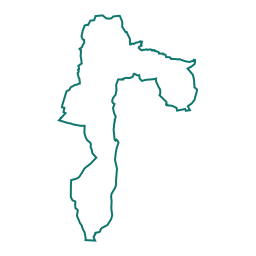 Bungudu, Zamfara, Nigeria
{"feature_id": "59680162B44112457363104", "entity_name": "Bungudu", "entity_type": "district", "adm_level": 2, "iso_a3": "NGA", "parent_name": "Nigeria", "parent_adm1": "Zamfara", "projection": "orthographic", "projection_center": [6.612, 12.009], "detail": "fine", "context": "isolated", "style": "outline", "palette": "teal", "viewbox_px": 256, "rotation_deg": 0, "n_neighbors": 0, "source": "geoboundaries", "source_scale": "gbopen_adm2", "svg_char_len": 5173}
<svg xmlns="http://www.w3.org/2000/svg" viewBox="0 0 256 256"><path d="M81.5,36.4L82.7,39.5L84.1,39.9L84.2,42.8L83.2,44.4L82.5,45.6L81.9,47.3L79.5,48.8L80.0,49.7L80.9,49.9L80.9,52.9L80.6,56.1L81.1,58.4L81.4,60.7L81.7,63.5L78.3,65.8L78.8,66.9L79.0,69.2L78.5,69.4L78.2,69.5L78.1,69.8L78.0,70.1L78.4,70.3L78.5,71.0L78.7,71.4L78.5,71.9L78.3,72.6L77.7,73.0L77.7,73.8L78.1,75.1L78.5,77.1L78.8,77.8L79.5,79.0L79.5,80.0L79.5,80.5L79.8,81.4L79.8,83.6L78.2,83.9L77.3,84.5L76.0,84.8L74.7,85.0L74.0,85.5L72.9,86.2L71.5,86.8L70.9,87.2L69.9,88.6L69.5,89.8L66.5,91.3L62.3,105.1L61.9,107.3L64.4,107.8L63.5,112.1L65.5,113.1L62.1,116.9L61.7,117.3L61.6,117.6L61.2,117.8L60.9,117.7L60.7,117.8L60.6,118.0L60.6,118.5L60.4,118.9L59.9,119.3L59.0,120.3L60.7,120.8L61.5,121.1L62.6,121.3L63.5,121.7L66.0,122.4L67.0,122.7L68.5,123.2L70.2,123.3L73.1,124.4L78.9,125.5L81.4,125.8L84.6,125.8L84.4,133.1L85.8,137.7L87.0,139.9L88.5,141.3L89.9,142.3L90.9,144.1L90.6,147.1L92.1,150.7L92.1,152.0L92.6,153.5L96.3,157.6L90.5,163.8L87.0,166.4L84.4,168.6L82.3,172.2L79.6,176.4L78.0,178.0L75.8,178.9L73.5,179.5L71.2,180.1L70.9,185.6L70.8,196.8L72.0,199.6L72.8,200.5L74.3,201.0L75.2,201.5L75.5,202.3L75.1,204.2L75.4,208.1L76.5,209.0L77.4,209.7L77.8,210.4L77.6,211.8L77.0,215.5L77.1,216.3L78.5,219.4L80.0,223.1L81.7,225.5L82.8,229.1L84.6,232.4L85.3,236.2L85.6,238.3L85.5,240.1L95.1,240.6L94.2,238.7L93.6,237.5L93.6,237.0L93.9,236.4L94.4,235.7L94.6,234.5L94.8,234.3L95.2,234.4L95.3,234.2L95.4,233.9L95.3,233.6L95.3,233.4L95.5,233.2L95.5,232.8L95.7,232.7L96.3,232.5L97.0,232.5L97.7,232.4L98.4,232.3L99.2,232.0L99.6,231.8L100.1,231.4L100.3,230.9L100.5,229.8L101.0,228.8L102.2,227.8L107.5,225.0L108.6,223.1L111.1,219.3L112.2,215.3L111.3,208.2L111.6,201.2L111.1,196.6L111.5,193.9L115.2,187.6L116.1,184.5L116.0,180.8L117.0,168.6L115.0,159.9L115.8,152.6L116.6,148.4L118.5,142.7L117.8,141.0L116.3,139.5L116.0,139.7L116.0,139.9L116.0,140.1L115.8,140.2L115.7,140.4L115.6,140.6L115.1,140.2L114.6,139.8L113.6,129.2L113.9,127.5L114.0,124.9L114.7,121.7L114.8,121.1L114.7,121.1L114.8,120.7L114.8,120.3L114.6,119.8L115.0,119.2L115.3,118.5L115.7,116.1L114.7,114.8L113.7,111.4L113.0,107.8L114.1,105.3L114.5,104.0L113.1,103.1L112.3,102.0L112.3,100.2L113.1,97.9L115.7,94.5L115.8,93.2L116.5,90.1L116.1,85.0L116.9,82.9L118.1,79.5L119.8,79.4L121.7,79.6L123.0,79.5L122.8,78.9L125.2,78.1L126.0,77.9L129.4,78.0L129.7,77.9L129.9,77.9L130.1,77.8L130.8,77.7L131.1,77.5L131.3,77.4L131.6,77.4L131.8,77.3L132.0,77.2L132.7,76.6L133.0,76.3L133.3,75.3L133.5,74.4L134.1,73.7L136.1,74.7L137.0,75.3L137.8,75.4L138.4,75.4L139.2,75.2L139.5,77.2L139.6,78.2L140.2,79.0L140.9,79.9L141.4,80.4L141.9,80.9L145.7,79.9L148.4,79.6L152.6,79.3L152.9,79.3L153.3,79.2L153.5,79.2L154.0,79.0L156.0,78.6L155.8,79.2L155.7,79.5L155.9,80.0L156.0,80.2L156.0,80.3L156.1,81.5L156.9,83.1L157.3,84.1L158.7,87.2L160.0,89.3L160.3,91.5L160.1,94.2L159.5,95.2L166.4,101.9L166.4,103.5L166.4,104.0L166.1,104.1L166.1,104.6L167.3,104.6L167.2,105.4L168.7,105.5L169.2,105.5L170.5,105.5L172.9,106.1L176.5,107.9L177.1,110.6L185.2,109.0L185.9,110.8L189.9,110.2L187.8,106.2L191.8,103.4L194.5,99.9L195.3,96.7L196.6,92.3L197.0,89.5L194.4,87.2L194.5,86.0L194.2,83.6L194.2,81.9L194.0,80.5L193.8,78.5L193.2,76.2L193.0,75.4L192.8,74.7L187.6,68.6L191.0,66.8L194.4,64.3L195.1,61.6L194.9,59.9L193.8,59.9L193.7,61.0L191.9,61.1L191.3,61.4L189.3,62.0L186.0,61.4L181.2,59.9L179.7,59.2L178.5,59.4L175.7,59.1L172.4,58.9L172.2,58.9L171.2,59.0L171.1,58.7L170.6,58.1L170.5,57.9L170.4,57.7L169.9,57.7L169.2,57.2L166.2,57.1L165.7,55.5L165.5,54.9L164.5,54.4L163.2,54.4L163.1,53.6L159.0,53.6L158.9,53.0L158.8,52.3L156.3,51.2L155.7,51.1L155.3,50.9L155.1,51.1L154.9,51.0L154.8,50.9L154.7,50.7L154.7,50.4L154.5,50.1L154.4,50.1L154.2,50.2L154.0,50.3L153.8,50.3L153.8,50.5L153.6,50.5L153.4,50.4L153.2,50.3L152.9,50.4L152.8,50.2L152.6,50.3L152.3,50.4L152.3,50.2L152.2,50.1L151.9,49.8L151.0,49.6L150.9,49.7L150.5,49.6L150.3,49.4L150.0,49.4L149.9,49.5L149.6,49.5L149.3,49.6L148.7,49.6L147.9,49.7L147.4,49.8L147.1,49.5L146.9,49.4L146.4,49.5L146.2,49.4L145.9,49.4L145.5,49.6L145.2,49.7L144.6,49.8L144.0,49.9L143.5,49.9L142.8,50.2L141.4,50.2L139.9,49.1L139.5,48.8L139.1,48.4L138.9,48.0L138.8,47.4L138.9,47.0L139.6,46.6L140.6,46.2L141.3,46.0L141.4,45.9L141.4,45.7L141.5,45.4L141.3,45.1L141.2,45.0L141.2,44.8L141.3,44.7L141.2,44.4L140.9,44.3L140.9,44.2L141.0,44.0L141.3,43.8L141.4,43.6L141.4,43.3L141.7,43.0L141.7,42.9L141.6,42.7L141.4,42.7L141.3,42.3L141.6,42.2L141.8,42.1L141.9,41.7L141.5,41.7L141.4,41.7L141.2,41.7L141.1,41.8L141.0,41.7L140.9,41.6L140.7,41.5L140.3,41.6L140.2,41.5L140.1,41.4L139.9,41.6L138.2,42.3L137.0,42.5L136.0,42.7L135.6,42.8L135.3,43.0L135.0,43.3L133.6,44.0L133.4,43.8L132.9,43.5L132.4,43.6L131.7,43.7L131.4,44.1L130.9,44.4L130.8,44.2L130.1,44.3L130.0,42.8L129.9,41.8L129.9,41.6L129.9,41.1L130.0,40.8L130.0,39.8L129.8,38.7L129.3,37.6L129.0,37.0L127.9,34.9L126.7,32.0L125.7,32.2L125.4,31.9L122.2,26.8L122.3,22.5L121.8,20.6L119.8,15.9L118.1,15.9L113.2,16.5L112.5,17.3L111.2,18.4L109.5,18.6L106.5,18.4L104.8,17.2L102.6,15.4L95.5,16.1L95.4,16.7L94.1,20.2L90.4,20.6L88.0,25.0L87.3,24.8L86.6,25.0L85.8,25.3L85.4,25.2L84.6,25.5L84.3,26.7L82.7,30.7L81.5,36.4Z" fill="none" stroke="#0f766e" stroke-width="2"/></svg>